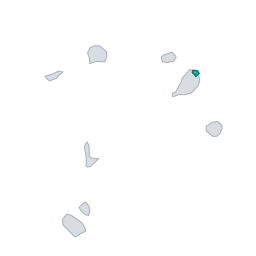 location of Praia within Cabo Verde, rotated 253°
{"feature_id": "CPV-5053", "entity_name": "Praia", "entity_type": "state/province", "adm_level": 1, "iso_a3": "CPV", "parent_name": "Cabo Verde", "parent_adm1": "", "projection": "robinson", "projection_center": [-23.509, 14.947], "detail": "fine", "context": "in_parent", "style": "filled", "palette": "teal", "viewbox_px": 256, "rotation_deg": 253, "n_neighbors": 0, "source": "natural_earth", "source_scale": "10m", "svg_char_len": 1423}
<svg xmlns="http://www.w3.org/2000/svg" viewBox="0 0 256 256"><g transform="rotate(253 128 128)"><path d="M165.8,204.2L161.7,211.2L152.9,210.7L148.3,207.8L143.0,199.0L143.2,192.1L145.0,186.2L144.7,181.1L145.5,179.7L148.2,180.6L148.6,184.1L156.7,192.5L159.7,194.2L165.8,204.2ZM50.8,56.2L44.4,57.7L41.6,57.0L40.7,50.9L39.4,46.9L39.7,45.1L54.6,37.3L59.9,38.6L63.5,44.8L61.0,48.3L50.8,56.2ZM200.8,110.3L206.4,111.7L208.5,111.2L212.1,111.5L215.8,115.5L216.6,119.8L214.7,125.1L207.3,129.5L203.1,129.0L198.1,125.0L201.0,117.1L200.8,110.3ZM108.0,215.8L102.8,218.7L99.2,217.4L95.8,214.4L94.1,210.1L95.4,206.3L102.5,201.9L106.6,203.3L108.9,210.2L108.0,215.8ZM122.9,80.9L125.6,83.2L126.5,84.8L122.4,85.6L112.5,82.7L109.9,84.5L107.2,90.8L102.2,81.2L102.5,77.7L103.6,76.7L110.7,79.2L122.9,80.9ZM183.3,194.4L181.4,194.7L178.6,191.2L179.2,186.5L178.9,185.2L181.4,180.1L186.2,180.6L187.4,184.3L187.7,192.1L183.3,194.4ZM69.6,66.0L64.2,67.8L60.8,67.6L55.9,64.9L57.5,62.0L62.7,58.7L66.4,58.0L69.3,63.8L69.6,66.0ZM202.8,78.1L200.6,82.0L198.0,76.3L196.6,74.9L195.9,66.7L199.8,64.2L201.7,64.0L201.7,72.5L202.8,78.1Z" fill="#d9dde1" stroke="#a8b0b8" stroke-width="1"/><path d="M163.9,206.8L163.5,207.2L164.0,207.7L163.3,208.9L162.9,210.1L162.4,211.0L161.5,211.4L160.9,211.5L159.9,211.8L159.4,211.9L158.8,210.5L158.0,209.3L157.7,207.8L159.6,207.4L161.3,206.1L162.6,205.9L163.9,206.8Z" fill="#14b8a6" stroke="#0f766e" stroke-width="1.5"/></g></svg>